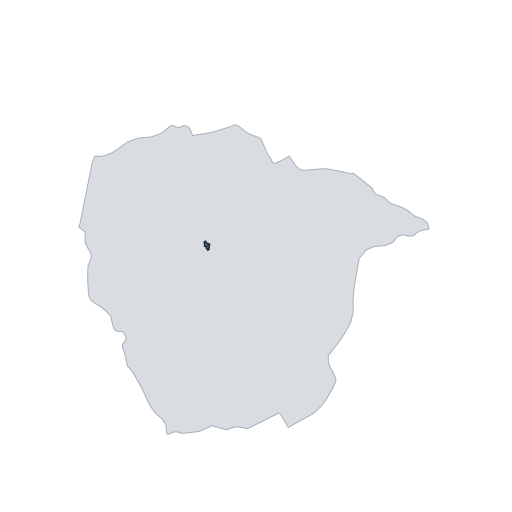 Shurugwi Town, Midlands, Zimbabwe shown in context, rotated 151°
{"feature_id": "62879985B16966915887003", "entity_name": "Shurugwi Town", "entity_type": "district", "adm_level": 2, "iso_a3": "ZWE", "parent_name": "Zimbabwe", "parent_adm1": "Midlands", "projection": "robinson", "projection_center": [30.031, -19.693], "detail": "fine", "context": "in_parent", "style": "filled", "palette": "slate", "viewbox_px": 512, "rotation_deg": 151, "n_neighbors": 0, "source": "geoboundaries", "source_scale": "gbopen_adm2", "svg_char_len": 2917}
<svg xmlns="http://www.w3.org/2000/svg" viewBox="0 0 512 512"><g transform="rotate(151 256 256)"><path d="M348.4,421.6L344.6,418.8L339.4,417.0L332.7,416.1L324.1,416.5L313.4,418.0L302.0,416.2L289.8,410.9L279.7,409.1L267.6,411.3L267.0,411.4L264.9,409.6L261.6,405.8L256.1,405.1L254.6,404.2L253.4,402.8L252.6,401.0L252.2,398.9L253.1,392.6L252.7,391.9L251.2,391.2L248.1,390.4L240.9,387.6L231.7,384.8L216.9,381.8L211.1,381.0L209.8,380.0L208.1,377.7L205.2,370.5L202.5,365.7L196.1,358.3L195.1,356.0L195.4,350.2L195.8,345.5L196.5,341.4L196.2,337.7L196.0,333.0L196.2,329.9L195.4,328.5L193.0,327.6L186.4,327.2L178.4,327.4L178.2,322.6L177.4,315.3L175.8,311.0L174.0,308.8L170.3,306.5L162.9,303.4L152.7,298.6L144.0,291.6L134.0,282.8L130.9,281.3L127.2,273.0L121.5,258.9L121.9,254.2L121.0,251.9L115.5,245.0L114.3,241.3L113.3,237.7L104.6,227.5L101.7,223.1L99.4,217.4L97.1,212.9L95.2,211.0L92.7,207.9L91.0,204.4L90.2,201.7L90.8,198.2L91.7,195.8L99.9,198.3L104.4,198.5L107.9,197.3L112.3,198.9L117.5,203.5L123.2,204.4L129.3,201.6L137.5,202.4L148.0,207.0L156.6,207.9L166.9,203.9L176.0,192.6L184.6,182.0L193.0,169.7L198.1,159.9L205.6,151.8L215.5,145.6L225.5,140.4L240.9,134.0L244.0,128.7L245.0,122.9L245.0,114.9L245.8,109.7L247.4,107.3L250.0,105.5L253.3,103.1L263.4,96.9L272.0,93.0L282.3,90.5L293.7,90.5L304.7,90.4L310.9,90.4L311.0,98.1L311.4,106.8L312.7,107.7L320.9,107.9L334.1,108.5L346.8,109.1L354.9,115.4L357.6,116.7L366.1,118.4L376.9,128.9L389.8,129.9L398.7,133.2L406.6,136.8L411.1,141.1L414.0,142.1L418.0,142.4L419.9,142.8L419.5,145.9L416.8,151.2L417.1,158.7L420.7,169.2L421.2,178.3L420.0,194.4L420.0,210.0L420.3,215.5L420.9,219.2L421.7,221.2L421.5,223.5L419.3,230.0L417.6,236.9L417.5,239.7L416.8,241.6L415.5,243.3L409.9,246.5L408.9,248.4L408.9,252.0L409.6,255.0L411.7,256.1L414.3,257.8L415.3,260.0L415.3,262.4L414.4,266.7L412.1,273.9L414.4,282.2L416.9,287.6L420.4,293.9L421.8,297.7L421.7,300.5L421.2,303.2L415.9,314.5L412.1,321.6L407.4,329.2L401.3,333.9L399.8,336.2L399.1,338.8L399.3,344.5L399.0,350.4L393.8,359.6L397.0,367.4L396.2,368.2L394.5,369.3L387.0,378.1L379.4,387.1L373.8,393.6L367.5,401.1L360.5,409.4L354.5,416.5L348.4,421.6Z" fill="#d9dde1" stroke="#a8b0b8" stroke-width="1"/><path d="M290.9,288.3L290.9,288.8L291.9,288.8L291.9,290.2L292.4,290.3L292.5,290.8L292.9,291.1L292.9,293.2L293.7,293.3L294.0,292.8L294.3,292.6L294.4,292.8L294.2,293.0L294.0,293.4L294.5,293.4L295.0,291.7L295.2,291.4L295.2,291.2L295.3,291.2L295.3,290.9L295.4,290.7L295.5,290.5L295.5,290.4L295.7,290.2L295.8,290.1L295.9,289.9L295.9,289.7L296.1,289.7L296.3,289.3L296.3,289.2L296.4,288.9L296.0,289.3L295.4,288.9L295.3,288.6L295.2,288.4L294.9,288.3L294.6,288.3L295.2,287.9L295.3,287.8L295.3,286.9L295.3,286.7L295.6,286.7L295.6,286.4L295.3,286.4L295.3,285.7L295.3,284.4L294.5,284.5L293.9,284.6L293.9,284.9L293.4,285.5L292.5,286.5L292.6,286.8L292.3,287.1L292.0,287.6L291.7,288.3L290.9,288.3Z" fill="#64748b" stroke="#1e293b" stroke-width="1.5"/></g></svg>